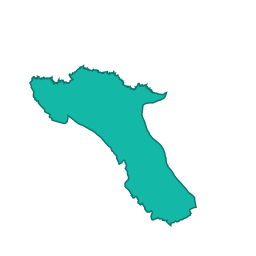 Phakdi Chumphon, Chaiyaphum, Thailand (Albers equal-area conic projection), rotated 312°
{"feature_id": "78962969B21349454569090", "entity_name": "Phakdi Chumphon", "entity_type": "district", "adm_level": 2, "iso_a3": "THA", "parent_name": "Thailand", "parent_adm1": "Chaiyaphum", "projection": "albers", "projection_center": [101.441, 15.961], "detail": "fine", "context": "isolated", "style": "filled", "palette": "teal", "viewbox_px": 256, "rotation_deg": 312, "n_neighbors": 0, "source": "geoboundaries", "source_scale": "gbopen_adm2", "svg_char_len": 5777}
<svg xmlns="http://www.w3.org/2000/svg" viewBox="0 0 256 256"><g transform="rotate(312 128 128)"><path d="M79.5,178.7L80.5,179.5L81.5,179.2L82.3,179.6L82.6,180.3L81.3,184.2L79.8,184.8L79.0,185.9L79.3,186.8L79.2,188.6L80.3,189.2L81.5,188.7L81.7,189.1L80.6,191.3L80.6,192.5L80.2,193.3L80.2,194.1L79.5,194.2L78.8,195.4L78.5,197.2L78.7,197.5L78.3,197.9L78.5,198.5L80.0,200.3L82.0,200.6L82.1,201.0L81.4,202.7L79.3,203.5L77.2,204.6L77.1,205.3L75.9,207.0L76.0,207.6L76.6,207.9L76.8,208.4L78.0,208.7L81.2,210.5L81.6,212.5L82.9,213.5L83.4,214.4L83.2,215.0L82.6,215.4L83.5,216.2L83.4,216.9L85.5,218.5L85.5,218.8L84.3,219.0L84.2,219.3L84.3,220.3L84.0,222.9L84.1,225.1L86.3,223.6L88.5,225.4L90.5,225.5L90.9,225.9L90.9,227.1L92.7,228.2L95.0,228.3L96.3,229.8L98.0,230.0L100.8,231.5L103.0,231.7L104.5,232.6L105.1,232.6L105.5,231.9L106.7,232.0L107.6,229.3L108.8,228.5L112.6,230.0L114.6,231.6L119.7,224.9L120.9,224.0L121.1,219.4L120.6,216.4L121.8,209.9L121.9,207.7L122.5,203.8L122.7,199.4L123.6,194.3L125.1,190.2L126.1,183.3L126.8,182.3L126.8,181.8L127.8,179.9L128.7,178.6L131.5,175.8L131.5,175.1L134.0,172.0L135.0,169.8L135.9,168.4L136.9,164.9L137.2,162.1L136.8,153.7L137.4,149.1L138.7,146.2L139.3,143.6L143.5,136.5L146.1,131.0L147.9,128.6L148.9,128.2L154.3,124.3L155.2,124.0L156.4,124.1L158.6,125.1L161.5,127.5L163.2,129.6L167.4,131.5L171.2,133.7L173.5,134.5L175.3,134.7L177.2,134.2L180.1,132.9L179.0,132.2L178.1,132.3L177.2,132.1L176.1,131.4L174.0,128.6L173.1,126.7L173.0,125.8L172.1,125.1L171.7,123.8L170.8,123.1L170.6,121.9L171.1,122.0L171.0,121.7L171.4,121.5L171.4,120.9L171.1,120.8L171.4,120.5L171.1,120.5L171.3,120.0L170.9,119.7L170.6,119.9L170.5,119.6L171.0,119.3L170.7,119.2L170.8,118.8L171.5,118.8L171.1,118.0L171.3,117.9L171.2,117.6L171.5,117.5L171.2,117.4L171.5,117.2L171.4,117.0L171.1,117.1L170.5,116.2L171.0,115.7L170.6,115.3L171.4,115.0L171.5,114.7L170.9,114.0L171.4,113.8L171.3,113.4L172.4,112.9L171.7,112.8L171.4,112.3L171.5,111.9L170.4,111.8L169.0,111.0L169.1,110.4L169.7,110.3L169.9,110.0L168.4,109.1L167.8,109.1L167.5,109.5L167.1,109.2L167.1,108.6L168.0,107.8L168.4,106.3L167.6,105.9L167.3,106.4L166.6,106.4L166.1,106.8L164.9,106.6L164.0,106.9L163.5,106.0L162.9,107.0L162.2,107.4L161.7,106.9L161.0,107.1L160.8,106.8L160.9,106.3L160.0,106.4L160.0,105.8L160.4,105.7L160.0,104.7L158.9,103.8L160.0,103.1L159.9,102.4L160.3,101.7L159.2,101.5L159.1,100.3L158.0,100.6L157.9,99.8L158.3,99.7L158.4,99.1L157.6,98.2L156.9,95.1L157.1,94.8L157.8,95.0L158.1,94.4L158.7,94.3L158.5,93.6L158.8,93.1L158.5,92.5L158.7,91.9L158.9,92.0L159.1,92.6L159.4,92.7L159.2,92.3L159.5,91.9L158.8,91.3L159.5,90.2L158.9,89.8L158.6,89.1L159.4,88.0L159.6,86.4L160.5,85.0L159.1,84.4L159.1,83.9L158.6,83.6L158.5,82.8L160.1,82.0L159.6,81.8L159.4,81.4L159.7,80.3L160.2,80.1L160.3,79.7L158.6,80.4L158.2,79.9L158.4,79.3L157.7,78.5L156.2,78.4L156.5,77.3L155.3,77.7L155.3,77.1L154.9,76.2L156.1,75.0L155.4,74.7L154.7,73.8L153.3,73.1L152.8,72.4L152.6,72.4L152.3,73.1L152.1,73.1L151.8,71.8L151.1,71.7L151.2,70.9L150.8,69.9L149.7,69.1L150.6,67.9L149.9,67.7L150.4,67.1L150.3,66.9L149.8,67.0L150.3,66.1L149.8,65.8L149.2,64.8L148.4,64.4L148.4,63.2L147.9,63.3L147.4,62.9L146.8,62.8L146.5,63.2L145.9,61.5L145.5,61.2L145.3,60.1L145.0,60.4L144.4,59.8L144.9,59.4L144.4,59.3L144.2,58.4L145.1,57.6L144.7,57.5L144.5,57.8L144.1,56.5L143.7,56.7L143.4,56.5L143.9,56.0L142.9,56.3L142.7,56.1L142.6,55.3L143.4,55.1L143.6,53.7L144.0,53.8L144.5,53.3L143.6,53.2L143.3,53.6L142.2,52.5L141.5,52.3L141.5,51.9L141.3,51.7L140.7,51.8L140.8,52.1L140.4,52.6L139.7,52.0L138.5,51.6L135.8,51.6L134.0,51.3L133.8,50.9L132.2,51.3L131.8,50.8L131.8,50.1L130.4,50.6L129.6,50.3L129.1,48.7L128.7,48.7L128.5,48.9L128.3,48.8L127.7,49.6L127.6,50.1L127.8,50.6L127.1,51.5L127.4,51.7L127.0,53.2L127.4,54.5L127.2,54.8L124.7,53.4L122.4,54.3L121.9,54.1L121.8,53.6L120.7,52.7L120.9,51.8L120.5,51.0L118.6,50.7L119.5,49.7L118.8,48.9L119.8,48.3L120.0,47.8L119.0,47.2L118.9,46.4L118.1,46.2L117.5,46.4L117.7,45.9L117.3,45.6L117.3,44.6L117.7,44.2L117.0,44.4L116.4,45.4L116.3,44.8L115.5,45.5L114.6,45.1L114.0,45.6L114.0,44.7L113.3,44.8L113.4,44.2L112.9,43.8L112.0,43.9L112.0,43.4L112.6,42.9L112.2,42.7L111.3,43.0L111.5,42.5L112.8,42.4L112.7,41.3L112.3,41.4L111.7,40.9L112.2,40.4L112.7,40.4L112.5,40.0L113.0,39.8L112.9,39.5L113.2,39.2L112.6,39.0L113.3,38.7L113.2,37.9L114.5,37.9L114.9,37.4L114.0,37.5L113.8,37.0L113.2,37.2L112.7,37.0L112.6,36.1L112.2,36.0L111.7,36.2L111.4,34.9L111.0,34.7L110.9,34.4L110.3,34.8L109.7,33.3L109.2,33.2L109.3,32.1L108.6,32.4L108.8,31.3L107.7,31.6L107.4,31.1L107.5,30.5L107.0,30.4L106.8,31.1L106.7,30.5L106.0,30.1L105.9,30.3L105.6,29.3L105.9,29.0L105.4,28.6L105.6,27.8L106.5,27.4L106.4,27.1L106.0,27.0L105.8,26.3L104.9,27.6L104.7,27.5L104.8,27.1L104.0,27.3L104.4,26.8L103.3,26.8L102.9,26.5L103.4,25.9L103.0,25.6L103.2,24.3L102.2,24.4L102.1,24.2L102.7,23.6L102.0,23.4L101.5,23.7L100.8,23.7L100.6,23.5L100.1,23.8L100.0,24.9L96.0,24.8L94.6,28.0L93.4,29.0L92.0,33.8L89.2,35.6L88.0,36.8L87.8,37.5L88.2,38.8L88.0,39.2L87.2,39.3L86.9,39.9L87.2,40.4L87.0,42.2L87.9,42.8L87.6,43.3L87.9,43.5L87.1,44.0L86.6,44.7L86.1,48.3L85.9,53.4L85.4,54.4L84.6,55.0L84.5,55.4L84.8,57.4L85.6,59.0L85.6,61.1L85.4,61.6L84.3,61.6L83.6,62.2L83.5,62.7L84.3,65.0L83.6,65.4L83.1,66.4L88.7,77.7L90.2,78.4L91.8,78.6L95.1,76.7L97.2,75.0L98.0,88.0L98.6,90.3L99.5,91.8L102.2,103.9L102.6,106.0L102.5,109.1L102.9,114.9L101.7,122.6L101.6,126.4L102.0,128.1L100.3,131.3L100.5,133.1L99.9,134.8L99.8,138.2L97.7,140.2L96.6,143.2L95.2,145.6L98.1,146.6L99.3,146.1L101.2,146.4L101.4,146.9L101.5,148.0L100.5,148.7L99.3,152.0L96.0,153.1L95.6,156.5L93.9,157.9L92.9,159.2L92.2,161.0L91.4,161.9L90.3,162.2L89.7,163.0L88.1,162.6L85.3,162.7L84.6,163.0L82.6,165.1L82.3,167.0L82.6,168.8L81.8,172.5L81.3,173.5L80.9,176.1L80.1,175.7L79.5,178.7Z" fill="#14b8a6" stroke="#0f766e" stroke-width="1.5"/></g></svg>